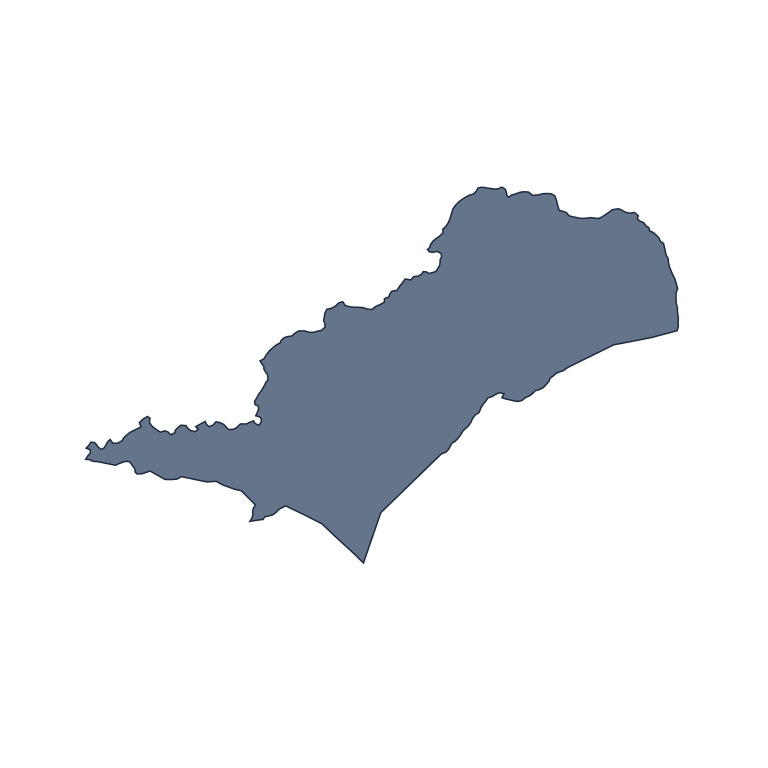 outline of Tobias Barreto, Sergipe, Brazil, rotated 77°
{"feature_id": "56859067B30492682162083", "entity_name": "Tobias Barreto", "entity_type": "district", "adm_level": 2, "iso_a3": "BRA", "parent_name": "Brazil", "parent_adm1": "Sergipe", "projection": "equal_earth", "projection_center": [-38.026, -11.081], "detail": "fine", "context": "isolated", "style": "filled", "palette": "slate", "viewbox_px": 768, "rotation_deg": 77, "n_neighbors": 0, "source": "geoboundaries", "source_scale": "gbopen_adm2", "svg_char_len": 4263}
<svg xmlns="http://www.w3.org/2000/svg" viewBox="0 0 768 768"><g transform="rotate(77 384 384)"><path d="M553.8,444.3L508.7,416.1L494.2,392.1L488.4,382.5L465.1,344.0L464.3,338.9L462.0,335.6L459.4,333.4L457.0,331.2L455.8,327.5L453.8,324.4L450.9,320.8L447.3,317.4L444.3,311.9L441.1,308.1L437.8,305.7L434.9,302.3L433.0,297.6L428.7,294.7L426.0,291.8L423.3,288.3L420.9,285.9L420.6,281.5L419.1,277.2L418.4,273.4L420.6,269.3L423.9,272.2L426.1,268.5L427.7,265.1L429.6,261.3L431.3,257.1L431.0,252.9L429.0,249.2L428.3,244.7L426.4,240.8L424.6,238.2L424.5,234.6L423.3,229.5L420.7,225.6L418.3,222.5L415.7,220.7L414.3,217.4L412.4,214.0L411.7,210.3L411.3,206.1L409.7,202.4L408.7,199.1L397.5,151.3L398.0,138.7L398.9,112.9L398.0,86.4L394.1,84.2L390.7,83.8L387.1,82.6L383.3,82.1L379.4,81.8L375.5,80.9L372.4,81.1L369.6,80.9L365.4,80.0L360.6,78.8L357.2,76.4L353.1,76.6L348.9,76.8L346.0,77.1L343.4,77.9L340.7,78.4L337.9,78.9L333.8,79.5L329.6,79.5L325.8,78.9L321.4,80.2L317.4,80.0L312.7,80.0L309.8,80.0L307.2,82.6L303.5,83.3L300.0,85.3L297.0,87.5L294.5,90.8L291.2,90.8L289.0,93.1L285.3,94.6L283.2,97.6L280.3,100.0L277.2,98.4L273.3,101.3L272.7,106.7L270.8,110.2L268.0,113.2L266.0,116.0L265.5,122.5L267.2,126.0L268.7,129.8L270.3,134.2L271.0,137.9L269.7,141.6L268.3,145.4L268.0,149.4L267.0,154.8L264.5,160.4L261.8,165.8L258.0,167.7L255.9,170.9L254.3,174.2L250.1,174.5L246.5,174.6L243.5,174.6L239.2,175.2L236.3,178.1L235.2,181.8L234.3,186.3L234.4,191.6L233.7,196.5L229.5,200.0L228.0,205.1L227.8,208.9L228.4,212.8L228.6,217.4L230.1,220.3L227.9,221.9L225.1,221.6L221.7,221.9L218.7,224.8L219.5,228.7L219.1,232.1L217.8,235.3L216.6,238.6L215.2,241.7L214.2,244.8L214.2,248.3L217.0,250.8L219.0,254.1L219.3,258.8L220.7,263.7L222.7,268.9L225.9,274.1L229.0,277.5L232.9,279.8L237.5,282.3L241.6,285.4L244.6,288.6L246.4,291.9L249.9,292.3L252.6,296.9L254.2,301.0L255.8,304.1L258.5,307.2L261.1,308.6L262.7,311.4L265.4,310.1L266.6,306.9L266.8,302.3L269.8,299.0L273.0,299.2L275.2,301.2L278.5,302.1L281.3,303.3L283.6,305.7L286.1,308.3L286.3,311.6L286.5,315.2L284.4,317.3L283.3,320.6L285.5,322.8L286.6,326.6L286.0,331.0L288.7,334.6L286.4,339.7L289.4,343.1L292.3,346.9L295.8,350.5L295.3,355.3L297.5,358.0L300.3,359.8L300.9,364.3L304.4,365.4L305.7,369.8L306.5,374.4L308.7,379.2L307.2,383.4L304.9,387.1L303.3,392.3L302.3,396.4L301.1,399.9L298.9,404.0L294.5,405.7L294.8,410.0L297.1,413.6L298.4,417.8L298.3,422.9L301.9,425.8L305.4,427.1L308.8,428.6L312.0,428.0L315.4,428.7L317.7,433.2L317.5,436.7L317.8,440.6L317.0,444.9L314.5,449.2L313.1,455.0L314.3,459.0L316.5,463.0L316.1,467.4L316.4,470.8L318.3,474.3L320.6,476.0L321.7,480.0L323.6,484.0L325.9,488.3L329.2,492.2L332.4,495.3L333.6,499.6L337.0,498.5L340.1,497.1L342.7,497.7L345.7,496.7L348.1,495.6L351.2,495.6L354.1,496.3L355.8,498.7L359.3,501.5L363.1,505.2L365.8,508.5L368.9,511.1L371.6,513.9L375.1,514.3L377.1,511.4L380.2,511.9L382.9,513.6L386.1,516.1L388.0,512.6L390.7,511.4L393.4,512.2L396.1,515.2L393.5,518.5L390.6,519.4L391.0,522.7L392.0,527.0L390.6,532.9L393.5,537.7L394.2,541.5L393.3,545.9L390.3,547.5L387.3,549.3L384.8,552.4L383.0,556.2L385.6,560.0L386.2,564.2L383.4,566.0L380.2,566.7L381.7,571.8L383.3,577.1L386.0,575.1L388.0,578.6L386.1,582.5L383.3,585.0L380.0,586.3L378.4,591.4L380.3,595.0L382.1,597.7L384.5,598.8L385.5,603.3L382.3,605.2L380.3,608.0L380.7,612.6L377.8,615.5L374.6,618.2L372.1,620.0L368.4,621.1L364.7,619.7L362.4,621.8L364.0,626.8L366.6,631.1L371.1,630.4L372.2,634.9L373.1,638.7L374.0,642.5L376.2,646.7L377.9,649.7L380.3,651.8L381.8,657.0L380.6,661.6L376.4,663.3L378.4,666.6L380.5,668.3L383.1,670.8L384.2,674.0L381.4,676.6L378.3,677.8L375.9,679.3L374.8,682.6L377.3,685.3L379.5,688.7L382.0,685.1L385.0,685.5L387.6,689.1L390.3,691.6L391.5,687.9L393.9,685.1L395.1,680.9L402.8,663.8L402.0,660.4L401.6,657.0L401.3,652.5L402.7,649.1L407.1,647.4L410.9,645.8L413.7,646.3L416.0,645.0L417.1,640.0L416.2,631.5L427.7,618.9L429.2,613.2L430.1,607.1L428.7,602.2L437.3,583.6L439.6,578.4L441.1,569.5L446.5,563.3L452.9,553.3L456.0,547.0L472.9,536.5L475.1,538.8L477.7,540.4L481.6,541.1L485.2,543.0L487.7,545.6L487.9,542.0L488.3,536.8L488.8,532.3L486.5,530.0L486.7,526.3L486.4,521.6L484.7,517.9L482.5,514.8L481.5,510.7L480.6,507.3L493.2,491.5L506.2,476.0L521.8,465.7L541.4,452.2L553.8,444.3Z" fill="#64748b" stroke="#1e293b" stroke-width="1.5"/></g></svg>